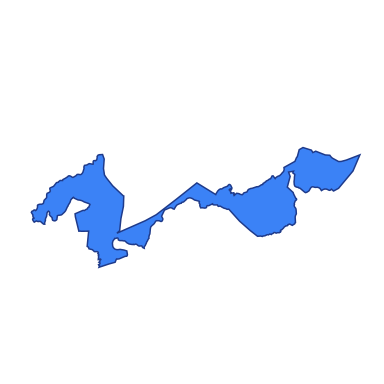 the district of San Mateo Yucutindoo, Oaxaca, Mexico, rotated 27°
{"feature_id": "50627088B64335355179206", "entity_name": "San Mateo Yucutindoo", "entity_type": "district", "adm_level": 2, "iso_a3": "MEX", "parent_name": "Mexico", "parent_adm1": "Oaxaca", "projection": "robinson", "projection_center": [-97.391, 16.792], "detail": "fine", "context": "isolated", "style": "filled", "palette": "blue", "viewbox_px": 384, "rotation_deg": 27, "n_neighbors": 0, "source": "geoboundaries", "source_scale": "gbopen_adm2", "svg_char_len": 6032}
<svg xmlns="http://www.w3.org/2000/svg" viewBox="0 0 384 384"><g transform="rotate(27 192 192)"><path d="M95.3,199.2L92.6,200.8L91.6,201.7L91.3,203.4L91.7,203.9L92.5,206.4L91.9,207.9L91.6,207.9L90.5,208.5L90.2,208.8L90.1,209.1L90.2,210.0L91.3,212.0L91.2,212.2L87.5,213.4L86.0,215.7L84.1,217.1L84.3,218.8L85.1,220.0L85.8,223.9L85.7,225.3L85.3,226.6L84.5,227.3L82.9,227.8L81.7,228.5L81.2,230.2L79.4,233.0L79.0,233.2L76.5,233.0L75.4,233.2L74.6,233.8L74.2,235.0L72.9,237.3L71.4,239.4L71.3,239.8L71.5,240.5L69.3,241.6L68.5,243.3L68.5,243.9L67.0,245.2L66.1,249.8L63.7,252.8L63.8,253.7L65.3,255.4L65.2,256.8L63.5,259.0L63.7,260.3L64.9,262.7L65.0,263.3L64.0,266.5L64.7,269.4L64.5,270.1L63.3,271.4L62.2,271.8L61.1,272.7L60.4,273.7L60.4,274.1L61.2,275.6L61.5,276.8L61.5,278.7L61.0,279.6L60.2,279.3L59.4,279.8L59.0,280.8L58.1,281.9L58.1,283.1L60.5,284.6L61.6,286.3L63.1,287.0L63.0,287.3L62.4,287.7L62.3,288.6L63.3,289.6L65.1,290.5L66.5,288.4L68.0,288.3L68.5,287.9L69.0,287.9L69.4,287.4L70.0,287.1L71.1,287.2L73.1,287.8L74.4,288.0L75.4,287.5L74.7,286.5L74.3,283.8L73.9,283.3L73.5,281.7L73.5,279.8L72.9,278.0L72.4,276.7L72.3,275.9L72.5,274.7L72.8,274.2L73.8,274.4L74.7,275.3L75.1,276.8L76.2,277.5L78.9,278.3L79.8,279.6L80.6,280.4L81.6,280.4L82.9,280.0L83.3,279.6L83.8,278.8L84.1,277.9L82.8,274.2L83.5,273.5L85.8,271.9L86.3,271.2L87.5,267.9L87.9,266.0L87.7,261.9L87.9,260.8L87.7,260.1L88.0,256.6L87.6,254.1L87.9,252.6L88.3,251.9L88.3,251.2L88.9,250.5L89.9,251.0L94.1,250.8L95.6,250.2L98.1,249.7L100.5,249.8L105.0,249.2L106.6,249.3L106.8,249.5L106.8,251.8L107.0,252.2L106.4,253.0L106.3,253.9L106.4,254.6L105.7,255.3L104.5,257.4L103.7,257.6L103.0,258.1L97.7,264.5L99.4,267.1L109.0,278.3L110.1,277.6L111.1,277.3L117.7,273.8L123.3,288.1L124.2,288.1L125.0,288.4L126.0,289.4L129.4,288.6L132.0,289.4L132.7,289.2L134.4,288.2L135.7,288.2L136.0,288.4L136.1,289.7L136.7,289.7L137.5,290.4L137.6,290.8L137.4,291.1L138.3,292.3L139.0,294.5L139.2,294.8L140.4,293.5L141.0,293.3L141.4,293.5L141.4,293.9L140.9,294.5L141.4,295.6L141.0,296.8L141.9,296.7L142.4,297.3L142.5,298.0L141.7,299.2L142.3,299.6L143.1,299.7L143.3,301.3L150.6,293.9L155.4,289.5L155.1,286.3L155.4,285.7L155.9,285.7L157.4,284.7L161.7,279.6L163.0,278.9L163.1,277.8L162.9,277.1L160.7,274.1L157.7,274.6L153.9,275.8L152.2,277.0L150.9,277.6L149.3,277.9L148.0,277.6L146.5,276.8L145.9,276.2L144.3,273.7L143.8,271.5L144.3,268.3L145.0,268.2L145.9,267.1L146.7,266.7L147.4,267.1L148.1,268.1L149.7,268.1L152.1,266.9L153.1,266.7L154.1,266.1L155.4,266.3L156.9,266.8L159.5,266.9L162.7,265.9L163.4,265.2L164.2,265.3L165.4,264.0L166.7,263.8L168.1,264.2L169.4,264.2L171.3,263.0L172.0,262.9L172.7,263.6L173.6,263.9L175.0,263.8L174.3,262.8L174.6,260.9L174.5,257.9L174.3,257.0L174.5,255.9L174.4,254.1L174.7,252.8L174.0,251.7L173.5,249.7L173.5,248.5L171.6,243.7L171.1,241.8L171.6,240.0L172.4,238.2L172.7,237.1L172.9,234.8L173.3,233.7L176.1,232.4L177.0,232.5L177.9,232.3L178.6,231.3L178.5,229.8L178.1,229.0L175.9,227.4L175.7,220.6L179.6,215.9L181.2,215.4L182.7,215.6L183.9,215.4L184.1,212.1L184.4,210.7L184.7,210.0L186.5,207.7L187.6,206.8L187.6,205.9L189.0,204.7L190.3,201.4L190.4,200.5L191.1,199.5L192.4,198.3L193.1,198.0L195.2,197.7L197.9,198.0L202.4,197.0L202.9,197.1L203.2,198.3L203.6,198.8L204.7,199.4L205.2,200.7L206.9,202.2L208.5,201.3L210.8,200.5L211.7,199.7L211.9,199.0L211.6,198.0L211.7,197.5L212.0,197.1L213.1,196.6L215.7,193.2L216.1,193.7L217.3,193.6L220.5,192.0L221.6,192.8L222.1,192.8L223.3,191.9L224.0,191.7L225.2,191.9L228.0,191.9L229.4,191.5L231.1,191.5L232.6,190.6L247.7,196.4L261.3,199.9L270.5,201.7L273.1,200.1L274.9,199.7L275.3,199.1L275.3,198.9L276.9,197.9L277.5,197.0L277.7,196.9L277.8,196.5L278.5,195.8L279.6,195.5L280.2,194.3L281.1,193.9L281.9,193.9L282.0,193.4L283.1,192.0L283.5,190.8L284.7,190.4L285.6,190.5L286.7,189.4L288.3,188.6L288.4,188.0L288.9,187.8L289.1,187.0L288.9,186.8L288.8,186.4L288.3,186.0L288.7,185.2L289.1,184.9L289.9,182.6L290.1,181.3L291.1,179.5L291.9,179.1L292.5,178.3L292.3,177.5L293.6,176.2L296.5,176.2L296.8,175.9L297.1,174.8L297.5,174.6L298.0,173.6L297.8,172.9L298.1,172.3L295.3,167.5L294.9,166.0L294.9,164.1L292.9,160.7L291.9,159.5L290.2,158.7L289.6,158.2L289.0,157.4L289.0,156.7L288.4,156.0L288.0,153.2L288.6,151.7L288.5,150.9L287.9,150.5L287.4,150.6L283.4,147.6L282.3,146.5L274.7,144.4L272.4,133.6L269.0,130.4L273.0,127.4L273.0,128.5L273.2,129.2L273.6,129.4L275.5,129.6L275.8,130.1L276.5,132.3L277.3,133.9L278.2,136.4L279.7,138.9L280.7,139.9L281.5,140.2L282.4,140.2L283.8,140.0L284.4,139.6L285.3,139.9L286.5,139.6L292.5,141.0L293.5,141.0L294.5,140.0L295.7,137.9L295.9,134.4L296.3,133.3L297.2,132.5L299.6,132.0L301.7,130.8L303.1,130.6L304.4,130.7L306.7,132.0L307.7,130.3L309.0,129.0L310.8,128.3L313.5,128.2L314.3,127.7L314.7,126.6L315.1,126.1L315.8,126.5L316.7,126.5L317.5,126.9L317.8,126.7L320.9,122.2L325.9,100.2L324.7,82.7L315.0,93.5L311.0,97.1L308.8,98.3L301.7,98.1L299.7,97.5L298.1,96.7L293.9,98.5L283.7,99.5L281.8,102.0L279.4,100.5L270.7,102.0L268.3,105.6L269.8,112.7L269.5,113.8L269.8,118.0L262.8,128.4L263.9,130.1L264.3,132.2L263.8,133.5L263.4,135.5L262.6,137.8L261.7,138.6L260.9,139.7L260.2,141.1L260.0,142.3L256.9,140.8L256.1,141.3L256.0,144.6L255.1,145.3L254.4,146.9L253.1,148.6L253.1,149.2L252.7,150.1L252.1,150.7L251.9,151.8L251.4,152.2L251.6,153.2L250.4,154.2L250.2,154.8L248.7,157.1L247.2,158.0L243.9,161.4L242.7,162.2L241.2,164.0L241.0,164.6L240.9,167.1L238.9,168.9L238.5,169.5L238.3,171.0L237.9,171.7L235.9,172.2L235.1,172.1L234.0,172.3L232.3,172.9L231.1,176.0L230.5,175.5L230.3,174.9L230.3,174.2L229.6,173.7L228.0,174.9L227.3,174.6L227.1,175.2L225.6,173.7L224.2,173.2L224.3,172.5L224.8,171.7L225.1,171.6L225.7,172.3L226.1,172.2L225.8,170.3L223.5,168.5L222.5,168.2L221.7,168.4L221.2,169.4L221.0,170.7L218.2,173.8L217.3,175.5L216.8,176.0L216.1,176.2L215.2,177.3L214.5,179.3L214.2,182.5L214.3,183.5L192.2,181.7L181.4,205.4L170.5,228.4L163.4,238.8L143.8,262.8L145.1,259.3L140.8,248.1L137.4,235.9L133.0,226.5L132.4,226.6L118.5,222.5L109.7,218.5L106.3,216.6L102.5,211.3L98.8,202.5L95.3,199.2Z" fill="#3b82f6" stroke="#1e3a8a" stroke-width="1.5"/></g></svg>